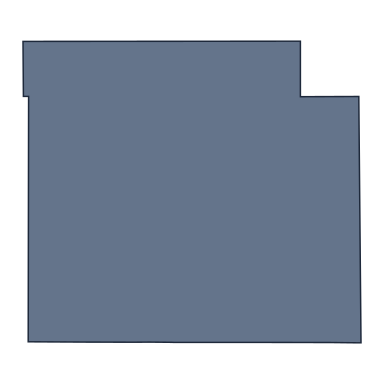 outline of Barber, Kansas, United States of America
{"feature_id": "52423323B11094144333814", "entity_name": "Barber", "entity_type": "district", "adm_level": 2, "iso_a3": "USA", "parent_name": "United States of America", "parent_adm1": "Kansas", "projection": "orthographic", "projection_center": [-98.676, 37.234], "detail": "fine", "context": "isolated", "style": "filled", "palette": "slate", "viewbox_px": 384, "rotation_deg": 0, "n_neighbors": 0, "source": "geoboundaries", "source_scale": "gbopen_adm2", "svg_char_len": 417}
<svg xmlns="http://www.w3.org/2000/svg" viewBox="0 0 384 384"><path d="M358.8,96.5L300.4,96.7L300.4,41.2L23.0,41.4L23.4,96.4L28.6,96.4L28.2,341.8L31.3,341.8L89.2,342.1L89.5,342.1L94.9,342.1L131.6,342.2L133.5,342.2L134.4,342.2L149.8,342.1L171.8,342.3L173.8,342.4L260.2,342.4L260.3,342.4L323.7,342.5L324.7,342.5L329.5,342.5L357.4,342.8L361.0,342.8L358.8,96.5Z" fill="#64748b" stroke="#1e293b" stroke-width="1.5"/></svg>